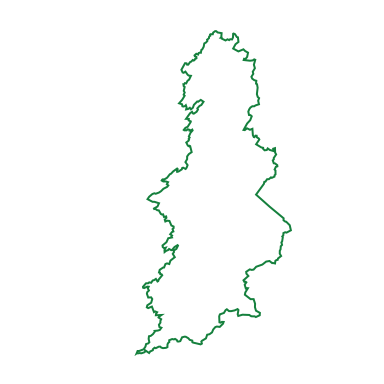 Ballyjamesduff Lea-6, Cavan, Ireland, rotated 255°
{"feature_id": "5873133B36799193613940", "entity_name": "Ballyjamesduff Lea-6", "entity_type": "district", "adm_level": 2, "iso_a3": "IRL", "parent_name": "Ireland", "parent_adm1": "Cavan", "projection": "mercator", "projection_center": [-7.268, 53.897], "detail": "fine", "context": "isolated", "style": "outline", "palette": "green", "viewbox_px": 384, "rotation_deg": 255, "n_neighbors": 0, "source": "geoboundaries", "source_scale": "gbopen_adm2", "svg_char_len": 6032}
<svg xmlns="http://www.w3.org/2000/svg" viewBox="0 0 384 384"><g transform="rotate(255 192 192)"><path d="M157.7,263.2L172.9,253.2L181.2,263.5L183.1,264.5L183.0,265.6L184.9,267.8L184.5,269.6L185.7,272.1L185.0,272.7L185.5,275.6L186.8,276.1L187.4,277.2L191.2,278.2L192.3,277.6L194.6,279.5L194.7,281.1L195.9,281.3L198.1,279.6L198.6,278.4L201.6,278.2L202.4,279.5L203.6,279.7L206.5,283.0L208.6,282.5L212.9,283.5L212.8,281.6L210.6,281.1L212.5,278.0L214.5,276.4L213.2,275.1L213.5,272.9L215.5,271.8L216.3,272.1L217.1,270.5L221.5,266.3L225.3,270.6L226.3,270.4L228.1,268.8L229.6,269.0L230.0,267.9L228.8,266.4L229.1,265.9L231.1,265.5L237.4,266.7L237.1,264.1L239.3,261.6L238.1,259.0L238.6,257.9L243.9,263.0L246.3,266.8L249.7,269.3L251.1,268.4L251.6,267.0L255.1,267.2L257.0,268.6L258.4,270.2L259.2,272.4L258.7,274.3L259.2,275.7L259.4,279.4L263.0,279.5L265.3,281.1L266.8,280.1L269.7,280.0L275.8,282.4L279.3,282.7L280.1,281.9L282.8,282.9L283.9,281.1L285.9,279.5L287.9,279.2L290.3,281.8L292.4,281.8L295.3,284.8L298.9,284.7L303.3,287.3L304.0,286.4L303.4,284.7L303.8,282.0L306.1,276.1L307.2,276.8L306.6,278.0L308.2,280.2L312.1,282.2L314.4,279.8L316.5,278.6L315.8,273.2L319.9,268.9L323.5,272.3L324.9,275.7L329.5,276.4L330.1,275.4L333.3,274.4L334.3,273.2L334.2,272.7L330.7,271.6L329.0,270.2L329.7,268.4L329.1,267.2L330.3,265.8L329.7,263.6L332.5,260.4L333.3,260.6L333.6,259.7L334.1,260.4L337.8,261.7L339.5,258.0L341.0,257.1L341.4,256.0L340.5,253.7L339.0,252.9L339.6,250.9L339.4,250.2L338.2,250.1L337.7,248.8L336.1,248.1L335.2,246.0L334.0,246.0L332.8,244.3L332.3,242.3L329.3,240.9L327.1,238.8L326.8,237.8L324.2,236.6L324.6,235.6L324.5,234.4L323.2,233.5L324.4,231.9L323.3,229.8L322.3,229.9L321.4,231.2L320.0,230.9L319.6,229.2L318.8,228.6L318.5,227.7L319.3,226.9L318.1,224.9L318.0,223.8L316.0,221.3L316.3,220.2L317.7,220.0L318.2,218.6L312.8,213.4L309.9,213.9L309.3,214.8L310.0,216.8L306.3,218.2L305.3,219.0L304.5,221.0L301.3,218.3L300.6,216.5L298.4,214.5L299.0,213.3L298.1,212.3L298.3,211.6L296.4,211.4L295.4,212.1L291.8,210.2L290.0,210.7L288.1,209.1L286.9,209.8L283.7,206.5L281.0,202.5L279.3,205.1L277.3,204.9L276.8,205.7L276.8,207.5L277.4,208.5L275.1,208.7L273.3,207.7L273.2,209.9L273.9,211.7L272.1,212.4L273.2,214.7L275.7,216.4L278.1,220.5L277.6,221.3L278.7,224.3L276.2,226.5L273.6,223.5L273.2,221.6L271.4,218.8L270.1,219.1L268.3,217.2L267.2,214.0L267.6,213.3L269.4,212.8L268.6,210.5L264.2,205.2L263.4,207.8L262.0,207.3L260.5,209.1L259.9,208.8L256.1,204.7L255.7,202.3L254.1,200.1L253.6,200.5L253.0,202.7L253.7,204.2L252.7,205.7L251.9,205.5L251.6,206.3L252.2,208.4L251.3,208.5L249.6,205.9L246.4,203.3L245.2,203.8L244.1,202.5L243.3,202.7L242.4,201.9L241.3,199.3L237.9,200.0L236.8,201.1L237.2,201.7L236.8,202.1L230.6,202.0L229.4,198.7L227.6,196.5L225.0,195.8L222.6,193.4L219.1,194.7L216.9,193.1L215.9,191.8L217.8,189.7L217.7,188.7L216.5,188.0L215.3,184.3L215.3,182.9L216.8,183.0L217.8,184.1L218.5,183.7L216.8,179.2L215.1,176.5L214.9,175.2L212.2,171.6L211.3,168.4L211.8,167.2L211.6,166.4L210.9,165.7L209.6,167.0L209.0,169.4L207.7,171.4L206.0,169.7L204.5,170.8L203.4,169.4L202.5,165.2L200.8,162.3L200.0,159.9L199.7,156.5L200.5,155.3L200.3,153.2L198.5,149.4L196.6,147.2L192.7,151.4L192.3,153.1L189.7,157.2L186.9,154.9L185.9,151.0L185.3,151.1L185.2,152.2L183.4,153.7L182.8,155.2L178.9,156.2L178.0,157.2L177.9,158.3L175.1,158.5L175.1,160.7L173.7,160.6L172.3,158.5L170.4,158.6L170.7,160.6L169.9,162.7L165.0,163.4L163.4,165.3L161.9,164.9L161.2,163.6L158.7,163.8L158.5,162.3L156.8,160.0L155.1,161.5L154.2,160.5L153.3,160.8L153.5,157.1L150.1,154.3L148.0,149.7L146.4,149.5L145.0,150.5L145.0,152.2L143.1,150.4L141.1,150.0L141.9,151.9L142.1,153.9L142.9,155.1L141.2,156.9L141.1,157.6L143.4,160.9L144.4,164.3L143.8,164.6L141.1,162.2L140.1,159.1L138.7,159.1L137.2,157.4L133.5,158.5L131.3,153.4L128.3,151.4L129.5,149.4L129.3,147.7L126.3,145.5L126.5,144.5L125.2,140.7L122.8,139.3L122.3,140.2L120.9,140.1L120.4,141.3L119.3,141.7L116.1,137.2L114.7,136.3L114.5,135.5L117.4,134.6L116.7,132.6L116.7,131.1L114.9,129.1L115.8,127.3L115.2,126.2L115.7,123.9L113.1,120.1L112.2,120.0L111.6,120.9L112.2,124.3L111.7,125.6L110.3,124.4L108.0,124.9L106.8,122.8L105.4,122.1L101.4,122.4L100.8,125.3L98.9,125.9L95.6,123.9L94.1,119.5L92.3,118.5L91.2,119.6L91.7,123.6L85.8,124.2L86.2,125.5L84.9,127.2L83.6,125.7L82.3,125.2L81.1,130.7L80.1,127.9L79.4,127.2L77.1,129.3L75.7,128.1L74.0,127.7L72.3,125.7L70.0,125.6L68.8,127.3L67.1,125.2L67.0,123.1L67.5,120.0L66.9,120.1L64.8,117.5L63.7,114.9L63.8,113.1L61.3,112.1L57.9,111.9L57.1,110.5L57.0,108.3L54.7,107.0L52.6,104.7L52.1,99.9L52.5,98.3L50.4,96.7L50.6,97.3L50.1,98.0L50.1,99.3L49.3,101.4L49.5,104.4L50.1,105.8L51.3,105.7L47.6,108.9L48.8,110.3L49.3,113.2L50.3,113.6L51.3,115.6L50.5,116.6L51.2,119.8L50.9,121.3L49.7,122.0L48.7,123.5L48.2,126.6L48.5,128.1L51.2,128.9L52.5,130.1L52.9,131.2L54.7,131.6L55.1,134.8L54.3,136.4L54.5,137.6L53.0,139.0L51.4,139.3L51.0,140.4L51.0,142.1L54.2,144.8L54.2,147.3L53.8,148.5L51.7,150.6L49.8,151.5L48.4,153.8L46.8,153.5L46.3,154.0L42.6,160.9L43.0,162.3L45.1,162.3L45.7,163.1L47.0,167.6L50.2,169.7L50.1,172.1L51.2,175.0L53.7,176.9L55.5,179.6L55.6,181.2L54.5,183.9L56.8,187.9L58.3,188.9L58.8,187.3L58.4,185.8L59.0,184.8L64.9,186.1L66.6,187.3L66.9,191.5L69.2,193.9L69.7,195.3L67.4,196.9L66.8,198.9L66.6,202.5L67.1,205.7L66.0,206.3L62.1,204.5L60.3,204.6L60.4,209.0L58.4,215.5L56.6,217.1L55.7,220.3L54.7,221.3L55.4,225.5L57.7,226.3L60.8,223.1L64.5,223.0L67.7,224.0L72.6,223.8L73.4,220.8L79.1,216.5L81.2,217.5L84.6,221.1L85.0,220.0L84.4,219.3L84.7,219.0L88.8,218.9L90.7,221.1L91.5,220.5L91.7,219.3L93.4,218.9L96.3,224.7L99.1,223.4L100.9,223.7L102.3,227.8L101.3,229.5L101.1,231.4L103.2,234.7L103.7,241.2L105.6,245.6L105.3,249.0L102.6,251.0L102.7,251.4L101.5,253.7L103.9,254.7L104.4,255.9L104.3,257.2L105.5,257.8L107.1,261.5L109.7,260.8L112.5,261.6L113.7,262.7L116.6,263.7L117.6,265.3L120.2,265.3L120.8,266.2L124.8,268.0L125.7,267.7L126.4,268.9L128.7,269.7L129.0,271.6L128.3,272.8L129.4,277.6L134.6,277.8L138.9,275.3L139.2,274.5L141.0,273.1L142.9,273.7L157.7,263.2Z" fill="none" stroke="#15803d" stroke-width="2"/></g></svg>